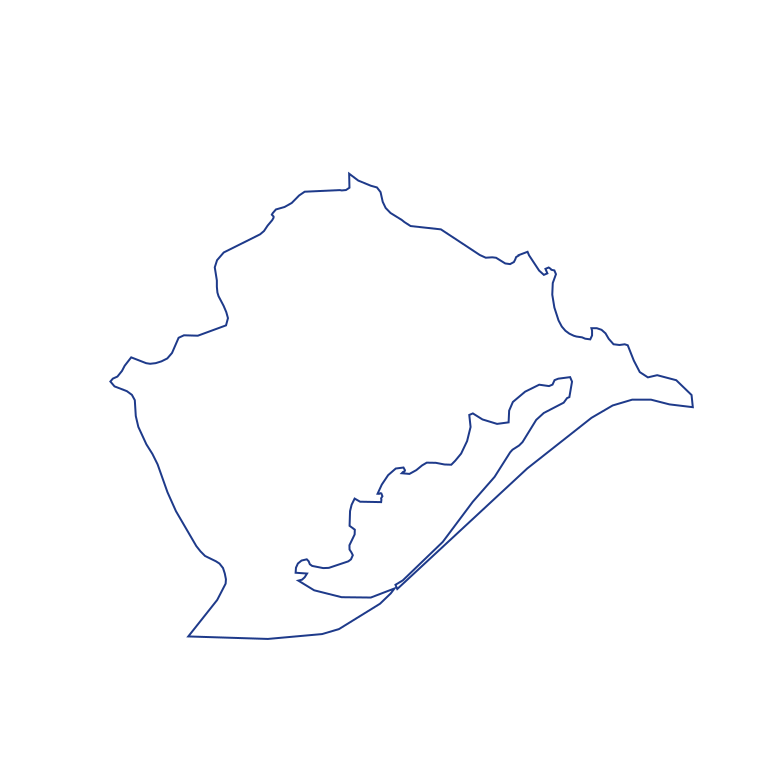 SVG path tracing the border of Kafr ash Shaykh, rotated 157°
{"feature_id": "EGY-1547", "entity_name": "Kafr ash Shaykh", "entity_type": "Governorate", "adm_level": 1, "iso_a3": "EGY", "parent_name": "Egypt", "parent_adm1": "", "projection": "robinson", "projection_center": [30.841, 31.295], "detail": "fine", "context": "isolated", "style": "outline", "palette": "blue", "viewbox_px": 768, "rotation_deg": 157, "n_neighbors": 0, "source": "natural_earth", "source_scale": "10m", "svg_char_len": 2950}
<svg xmlns="http://www.w3.org/2000/svg" viewBox="0 0 768 768"><g transform="rotate(157 384 384)"><path d="M129.0,285.3L113.5,273.3L105.2,253.7L108.8,242.0L129.2,253.7L144.4,265.3L161.6,272.6L181.9,274.9L206.2,271.8L285.1,250.3L451.9,190.1L451.9,194.7L443.4,195.9L391.6,215.7L348.3,240.9L318.5,255.3L294.6,271.8L291.4,273.3L283.7,274.6L279.2,276.4L257.9,291.5L248.2,294.9L225.9,296.6L221.0,299.5L218.5,299.5L210.0,312.7L210.0,317.6L221.5,320.8L225.5,320.9L229.1,317.6L232.9,317.6L241.4,322.7L257.1,321.8L272.4,317.1L279.2,310.6L284.3,300.0L295.5,303.1L307.2,312.9L313.7,322.2L317.6,322.2L321.1,310.6L329.8,299.0L340.2,289.8L348.5,285.5L353.6,283.4L359.8,286.3L367.1,291.2L375.4,294.9L380.7,294.2L387.9,292.1L395.7,291.3L402.5,294.9L400.8,295.6L399.2,295.6L398.4,296.4L398.7,299.5L406.2,301.6L415.8,298.5L425.3,292.3L432.8,285.5L431.4,284.8L430.0,284.9L429.2,284.3L429.3,281.3L431.3,279.9L431.5,279.3L431.6,278.5L432.8,276.4L452.0,285.0L455.8,290.0L461.0,285.5L464.9,280.3L471.1,266.9L467.8,261.3L469.8,257.0L478.8,249.1L480.4,245.1L479.8,241.7L479.6,238.6L482.9,235.5L486.2,234.7L506.6,236.3L511.9,238.3L521.2,244.6L522.7,247.1L522.6,250.2L523.6,252.8L528.9,253.7L533.4,252.4L536.8,249.3L539.1,244.8L528.9,239.6L532.5,237.1L535.9,235.9L539.7,236.5L528.9,221.4L506.3,204.3L479.6,192.6L454.2,191.7L459.6,188.6L473.5,183.3L521.2,176.0L538.7,178.0L590.5,194.7L662.8,228.1L621.9,250.4L607.8,262.1L605.8,266.0L604.6,271.8L604.1,277.5L605.6,283.0L608.0,286.5L615.9,295.6L618.3,301.6L620.1,308.1L625.2,348.2L625.6,369.0L623.8,398.5L624.5,410.1L626.3,421.3L626.9,440.5L625.0,451.5L619.7,466.5L620.3,472.5L623.5,477.9L633.0,487.1L634.9,493.2L631.5,494.9L626.5,495.0L620.1,498.4L615.6,502.1L606.3,507.3L594.8,496.1L591.4,494.0L586.0,492.4L580.0,491.8L573.5,492.2L567.0,495.4L555.0,506.8L549.1,507.0L536.5,501.2L506.5,499.7L501.9,505.6L501.1,511.8L501.1,518.6L502.0,529.5L501.6,533.3L499.9,538.7L497.4,544.6L494.2,557.5L489.3,563.2L480.1,567.7L439.6,570.2L434.7,571.7L429.2,575.3L422.9,578.5L420.7,580.2L420.2,581.3L421.1,583.7L419.6,584.8L415.3,586.9L406.4,585.8L398.2,586.7L388.5,590.7L381.9,592.0L348.8,579.7L347.3,578.7L343.2,577.4L339.1,578.2L333.9,591.2L328.2,581.3L318.6,571.6L313.7,567.7L312.2,562.0L314.0,552.2L313.7,545.4L311.2,538.9L303.5,528.0L301.9,525.0L297.8,519.0L271.2,504.1L245.4,465.3L241.0,460.5L234.8,458.3L231.5,456.4L225.3,447.6L221.1,445.1L216.8,445.5L214.6,447.3L212.8,449.2L209.9,449.6L209.8,450.0L200.2,449.6L200.2,445.8L196.9,427.8L194.2,422.0L190.4,422.0L190.4,426.9L186.9,426.9L185.6,424.9L185.5,424.1L185.0,423.5L182.8,422.0L182.8,417.9L189.2,411.0L194.2,400.5L197.3,387.8L198.5,374.3L197.9,367.4L196.2,362.1L193.7,357.9L190.5,354.3L188.3,352.5L183.5,349.6L181.1,347.1L176.7,344.5L173.5,347.4L171.6,351.9L171.3,354.3L166.3,352.2L162.6,348.9L160.3,344.1L159.5,337.8L157.2,330.9L152.0,327.9L146.9,326.5L144.5,324.4L144.9,307.9L143.9,295.0L138.5,287.0L129.3,285.4L129.0,285.3Z" fill="none" stroke="#1e3a8a" stroke-width="2"/></g></svg>